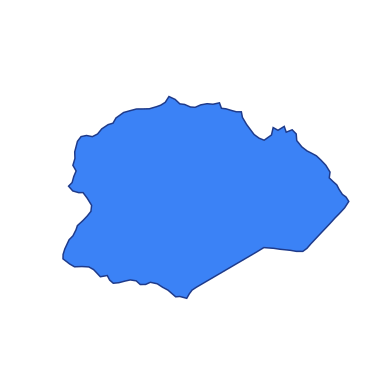 outline of Tremembé, São Paulo, Brazil, rotated 340°
{"feature_id": "56859067B32139697780828", "entity_name": "Tremembé", "entity_type": "district", "adm_level": 2, "iso_a3": "BRA", "parent_name": "Brazil", "parent_adm1": "São Paulo", "projection": "albers", "projection_center": [-45.606, -22.938], "detail": "fine", "context": "isolated", "style": "filled", "palette": "blue", "viewbox_px": 384, "rotation_deg": 340, "n_neighbors": 0, "source": "geoboundaries", "source_scale": "gbopen_adm2", "svg_char_len": 1637}
<svg xmlns="http://www.w3.org/2000/svg" viewBox="0 0 384 384"><g transform="rotate(340 192 192)"><path d="M47.9,210.7L52.4,217.8L56.0,222.1L63.1,224.4L69.4,227.1L73.0,231.3L76.9,240.3L83.8,241.5L84.5,246.6L86.8,250.8L92.2,252.2L98.7,252.8L103.9,253.5L109.2,256.4L111.7,261.2L116.7,263.0L122.0,262.6L128.0,266.4L131.9,271.6L135.8,275.9L138.7,281.1L140.8,284.9L144.8,286.0L150.7,290.1L154.7,286.7L158.5,284.2L163.5,283.0L232.5,270.4L240.5,268.8L249.6,272.9L255.3,276.0L259.9,278.2L264.6,280.5L269.8,283.5L275.8,285.7L280.7,284.3L286.0,281.3L291.8,278.4L299.9,274.3L310.3,269.1L317.5,265.3L322.4,263.0L330.0,259.1L336.1,254.5L335.0,249.4L332.5,245.7L331.1,239.8L330.5,234.9L328.0,230.2L325.8,225.7L328.5,220.5L326.9,212.7L324.1,206.2L321.3,200.6L317.3,196.1L314.1,192.7L310.6,187.1L308.0,179.5L309.8,173.1L307.4,167.8L301.0,168.0L301.1,161.9L293.9,163.4L290.3,159.2L286.2,165.6L277.5,168.0L273.4,164.3L270.0,159.2L268.3,153.6L266.4,147.2L264.9,139.2L265.8,133.5L261.1,131.8L257.0,128.9L252.3,125.4L248.3,123.4L248.3,117.6L241.7,116.7L236.4,114.2L230.1,113.1L223.9,113.5L219.6,111.6L215.0,107.2L210.7,105.0L207.8,99.2L203.0,94.4L197.5,98.6L192.3,99.7L188.0,99.7L180.4,99.2L173.5,96.9L168.2,95.0L161.6,94.4L154.9,93.9L145.9,96.4L141.3,100.3L136.2,100.0L128.8,101.8L123.1,105.2L117.3,105.9L112.2,102.8L106.7,102.0L101.7,105.2L95.5,114.2L93.5,120.4L89.2,126.2L90.3,132.6L86.2,137.0L82.6,142.1L78.0,144.3L80.3,150.2L85.2,153.8L89.4,155.3L91.4,161.9L93.1,170.2L90.4,175.6L85.4,178.7L80.0,181.4L72.8,184.4L70.1,187.8L65.1,192.5L60.2,194.8L56.4,198.6L53.0,202.0L49.5,206.6L47.9,210.7Z" fill="#3b82f6" stroke="#1e3a8a" stroke-width="1.5"/></g></svg>